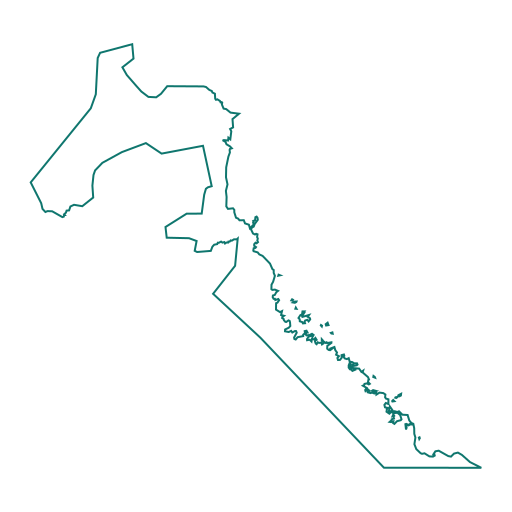 outline of Huon District, Morobe, Papua New Guinea
{"feature_id": "67681753B78423041590168", "entity_name": "Huon District", "entity_type": "district", "adm_level": 2, "iso_a3": "PNG", "parent_name": "Papua New Guinea", "parent_adm1": "Morobe", "projection": "orthographic", "projection_center": [147.273, -7.168], "detail": "fine", "context": "isolated", "style": "outline", "palette": "teal", "viewbox_px": 512, "rotation_deg": 0, "n_neighbors": 0, "source": "geoboundaries", "source_scale": "gbopen_adm2", "svg_char_len": 6097}
<svg xmlns="http://www.w3.org/2000/svg" viewBox="0 0 512 512"><path d="M383.9,467.7L481.3,467.8L470.0,462.1L461.9,454.9L457.9,452.6L454.0,453.6L451.0,456.6L448.3,456.1L438.7,450.7L435.4,451.3L433.2,454.6L433.5,455.5L434.4,454.4L434.7,455.6L433.0,456.6L429.4,456.4L424.5,453.3L422.0,453.8L420.6,453.2L416.3,449.1L414.4,444.2L415.4,437.5L414.3,433.9L414.2,428.2L413.3,423.8L412.4,423.4L411.9,424.5L410.7,424.3L408.5,425.4L406.1,424.6L406.6,427.7L406.0,429.5L405.4,424.2L406.2,423.9L408.7,424.9L411.3,422.9L409.3,420.5L407.6,415.0L402.4,414.7L399.0,411.3L397.3,412.0L394.6,411.2L393.5,411.7L389.8,406.4L388.7,411.8L391.5,410.9L394.3,413.0L397.5,412.8L400.2,415.1L401.5,419.3L400.8,420.2L397.0,421.2L394.4,423.9L393.1,423.0L393.4,421.3L391.1,422.1L389.7,421.9L391.6,420.2L391.7,419.3L394.0,418.5L393.4,416.7L394.8,415.3L392.6,416.1L393.7,413.4L391.3,411.8L389.4,413.7L386.5,411.7L387.0,409.0L386.1,408.4L387.1,408.7L387.6,407.9L385.0,407.3L384.4,404.9L385.8,403.0L388.4,404.0L388.4,399.3L386.0,398.6L385.1,397.3L385.4,394.5L383.3,393.1L379.5,392.6L376.4,394.6L376.3,392.6L374.3,393.5L373.1,393.0L373.3,392.0L370.6,393.1L367.7,392.3L367.5,391.3L369.5,390.8L367.6,389.1L365.5,391.0L365.2,390.0L366.7,387.9L362.9,385.7L364.2,385.0L364.5,383.9L366.9,383.4L368.8,384.4L369.8,383.8L368.0,382.0L368.4,379.8L369.0,379.5L368.0,377.1L362.6,372.4L363.1,370.7L361.4,371.9L359.1,368.6L354.2,368.2L353.8,369.1L356.2,369.3L352.4,370.9L351.4,369.7L349.9,369.3L348.7,367.6L348.7,365.4L349.6,363.1L350.4,363.8L350.0,365.6L350.9,366.2L349.6,366.6L349.5,367.5L352.8,368.0L352.3,364.7L353.3,364.8L354.2,365.8L356.7,365.3L357.5,364.6L357.0,363.3L354.1,363.3L352.3,362.1L349.7,361.7L348.7,358.2L346.9,359.1L344.7,358.4L343.4,356.6L344.3,355.8L343.9,354.5L341.6,355.1L341.7,357.7L340.0,359.9L338.0,360.0L337.4,358.0L338.9,356.2L336.1,354.7L337.0,352.5L335.3,350.2L334.4,347.0L330.2,348.6L330.2,349.3L331.3,349.3L330.1,350.2L328.6,349.9L327.2,348.7L327.3,345.9L331.4,342.9L331.4,342.3L327.0,343.1L326.6,342.3L325.5,342.9L324.1,341.8L323.6,343.3L322.0,344.4L321.5,342.7L319.0,342.9L317.7,342.3L316.6,344.2L315.7,343.5L315.0,341.5L315.2,340.7L316.6,339.8L315.4,337.9L314.0,339.5L312.0,338.7L311.5,341.5L309.7,339.7L307.1,340.2L307.0,339.1L308.7,336.6L311.8,335.7L312.6,336.7L313.6,335.0L312.0,333.8L309.6,335.0L306.5,335.4L305.6,334.3L306.5,332.6L307.5,332.5L306.5,330.7L304.7,331.1L305.0,333.2L303.2,334.7L303.2,336.1L297.6,337.2L295.7,339.5L294.4,339.0L294.1,337.5L296.7,332.7L296.1,331.1L295.0,331.0L292.3,332.5L291.2,330.9L288.7,332.0L285.0,331.3L285.1,329.5L288.8,327.7L290.3,326.0L290.0,322.2L289.6,320.9L288.5,320.4L286.2,322.0L285.3,321.8L283.9,320.2L283.6,318.9L282.2,318.1L282.3,317.0L284.0,315.8L281.1,315.0L282.0,311.1L280.0,312.1L276.0,309.6L276.1,303.2L277.4,302.7L279.1,300.2L278.3,299.0L275.3,300.0L274.9,298.8L273.6,298.8L272.7,297.2L272.9,295.5L274.8,294.9L276.3,292.2L278.0,290.9L274.9,289.6L272.3,289.9L271.4,289.2L271.5,284.7L273.1,281.8L274.9,275.8L273.7,272.9L273.7,270.0L272.4,269.1L270.0,263.6L262.6,255.9L259.3,254.4L257.7,252.4L253.6,251.2L253.3,250.4L253.7,248.2L255.4,247.9L256.0,247.1L254.2,245.8L254.2,244.2L255.5,242.7L256.6,243.3L258.0,242.1L257.3,240.6L257.8,238.6L257.1,237.0L257.5,234.3L256.1,233.8L255.0,234.5L253.0,233.5L251.0,229.3L251.9,227.6L253.7,226.6L254.7,224.0L257.8,219.8L257.5,217.8L256.6,216.6L255.4,217.2L255.1,220.2L253.2,221.0L253.6,221.8L253.1,222.7L253.9,224.3L249.9,228.3L248.9,224.7L245.0,223.4L243.8,220.2L239.5,220.3L238.1,218.6L236.0,217.7L234.3,212.3L234.3,209.9L233.0,208.3L228.0,208.9L226.3,206.4L226.6,197.0L225.9,190.9L227.5,184.4L226.0,177.3L226.2,167.3L228.4,156.6L229.9,152.5L229.6,149.9L230.0,148.9L231.8,148.3L229.9,146.3L226.5,144.3L225.5,141.9L222.6,140.2L224.1,140.3L225.8,141.6L225.1,140.2L228.1,140.5L228.4,137.7L230.3,139.3L231.3,131.3L230.1,129.0L233.1,127.4L232.5,119.1L239.0,113.7L230.5,112.6L226.2,109.1L223.6,108.6L221.9,104.5L222.2,102.6L221.7,102.1L220.6,102.4L220.0,101.0L217.3,99.3L216.0,99.8L215.2,98.7L214.9,93.7L212.4,92.5L211.8,91.0L209.3,89.9L206.0,87.0L203.5,86.4L167.2,86.2L161.0,93.8L156.2,97.3L148.4,96.9L141.3,91.5L136.2,85.8L126.8,75.0L122.4,67.3L133.5,58.6L132.2,44.2L100.1,52.8L97.7,58.0L95.8,94.3L90.8,108.3L30.7,182.4L41.2,203.2L42.5,208.9L45.4,212.0L47.5,211.1L52.2,211.3L62.4,217.1L63.8,216.6L64.1,215.0L64.7,215.0L64.1,214.3L65.9,212.7L66.6,210.6L69.1,210.4L70.4,206.5L74.0,204.8L82.3,206.2L93.2,197.5L92.4,185.6L93.5,175.0L95.1,170.4L102.4,162.8L121.9,152.1L145.9,143.1L161.6,153.6L203.0,145.8L211.7,186.2L207.9,187.3L205.9,188.8L204.2,194.7L201.7,213.6L186.6,213.7L165.5,227.0L166.7,237.7L189.0,238.2L196.6,241.0L194.7,250.8L197.1,252.0L210.8,250.9L212.4,246.7L214.2,244.7L217.2,244.1L217.8,242.7L218.8,242.8L221.1,241.6L222.4,242.6L224.3,242.1L225.0,243.5L226.4,242.5L228.2,242.5L228.4,241.6L229.7,241.6L230.7,240.4L231.8,240.7L234.0,239.3L236.8,239.3L237.7,238.5L235.1,265.8L213.1,293.8L260.4,337.7L383.9,467.7ZM302.4,316.9L302.1,316.2L303.6,313.8L300.4,315.1L298.5,318.0L299.7,319.3L299.8,321.3L302.3,322.1L302.9,323.4L305.0,323.2L304.5,321.8L305.2,320.5L307.4,319.8L308.6,321.4L310.2,319.4L310.0,318.3L307.7,316.8L309.0,315.0L302.4,316.9ZM399.5,396.3L400.9,395.5L401.1,393.8L398.4,395.2L398.1,396.3L399.5,396.3ZM328.5,325.1L327.6,322.7L325.7,324.2L326.1,325.5L328.5,325.1ZM294.8,302.8L296.3,302.0L296.5,301.5L294.5,301.6L293.1,302.5L294.8,302.8ZM376.0,390.9L373.1,390.1L372.2,390.7L374.1,391.6L376.0,390.9ZM394.4,401.2L393.2,400.0L392.2,401.1L392.4,401.5L394.4,401.2ZM332.7,333.7L332.4,332.4L330.9,332.9L331.4,333.5L332.7,333.7ZM375.1,377.7L374.9,377.1L373.5,376.0L373.3,377.0L375.1,377.7ZM302.3,312.7L304.1,311.8L304.4,311.4L302.5,311.4L302.3,312.7ZM322.5,341.2L322.7,340.3L321.8,339.3L321.8,340.7L322.5,341.2ZM292.5,300.6L293.0,299.8L292.1,299.3L291.4,300.4L292.5,300.6ZM396.2,398.0L397.2,397.3L397.2,397.0L395.5,397.3L395.3,397.7L396.2,398.0ZM419.3,439.0L419.8,438.2L419.5,437.3L418.9,437.6L419.3,439.0ZM278.3,275.7L280.1,275.3L278.6,274.7L278.3,275.7ZM321.8,326.5L322.0,325.7L321.0,325.0L320.8,325.4L321.8,326.5ZM295.4,308.7L296.5,308.8L295.8,307.6L295.4,308.7Z" fill="none" stroke="#0f766e" stroke-width="2"/></svg>